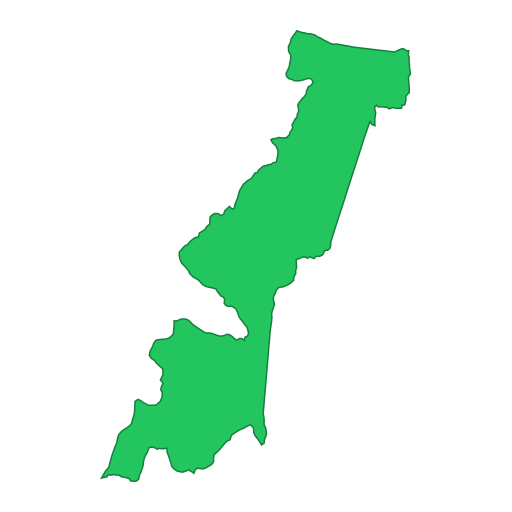 Presidente Bernardes, São Paulo, Brazil
{"feature_id": "56859067B75920371032685", "entity_name": "Presidente Bernardes", "entity_type": "district", "adm_level": 2, "iso_a3": "BRA", "parent_name": "Brazil", "parent_adm1": "São Paulo", "projection": "natural_earth1", "projection_center": [-51.643, -22.106], "detail": "fine", "context": "isolated", "style": "filled", "palette": "green", "viewbox_px": 512, "rotation_deg": 0, "n_neighbors": 0, "source": "geoboundaries", "source_scale": "gbopen_adm2", "svg_char_len": 4723}
<svg xmlns="http://www.w3.org/2000/svg" viewBox="0 0 512 512"><path d="M408.3,54.8L408.7,50.7L406.2,50.6L403.9,48.9L401.6,48.8L398.3,50.2L394.6,52.0L354.2,47.2L336.8,44.0L333.4,44.2L330.0,43.3L326.8,41.5L323.8,40.1L320.9,38.3L317.8,36.9L315.1,35.1L311.2,33.9L307.3,33.7L304.7,32.9L302.4,32.6L299.8,31.8L296.8,30.7L295.5,32.9L293.4,35.5L291.1,39.0L290.4,42.4L288.4,46.6L288.6,51.4L290.7,55.1L290.6,59.9L289.6,63.5L289.3,66.7L287.8,69.8L286.1,73.4L286.4,76.2L288.8,78.7L291.7,79.3L294.2,80.7L297.1,80.9L299.9,80.7L303.1,80.0L306.4,78.8L308.5,78.5L311.2,78.8L313.2,82.1L311.2,85.2L308.3,86.8L306.5,91.3L306.1,94.1L304.1,96.8L302.1,98.6L300.7,100.8L298.9,102.8L297.7,105.3L298.7,109.4L298.4,112.0L297.2,114.6L297.0,117.3L295.1,119.0L293.8,121.7L292.0,124.7L292.7,127.3L291.9,129.8L290.3,131.7L289.2,135.0L286.3,137.7L282.4,138.0L278.9,137.4L275.9,138.4L273.2,138.7L270.9,139.7L272.6,142.9L275.8,145.7L277.9,150.0L278.0,153.1L277.4,156.6L276.4,162.1L273.0,162.8L271.0,164.4L268.3,164.7L265.9,165.6L263.3,166.1L261.5,167.5L258.6,170.1L257.1,172.9L255.0,172.9L252.9,176.2L251.5,178.4L249.4,179.6L247.4,180.7L243.2,184.4L241.6,187.4L239.7,190.3L238.6,194.2L237.5,198.4L236.4,200.8L235.0,204.4L234.3,208.1L232.2,209.1L229.4,206.4L224.7,210.9L223.9,213.8L221.4,215.8L218.3,213.7L214.8,213.4L211.5,215.4L210.0,217.3L209.8,224.2L207.0,226.3L204.8,229.7L202.5,231.1L199.5,232.9L198.2,237.3L195.8,237.3L193.0,239.1L190.0,241.5L187.5,244.6L184.8,245.9L181.7,249.4L179.4,252.0L179.2,255.2L180.1,259.8L181.8,263.2L185.3,266.9L188.4,270.6L189.9,273.9L193.4,277.2L197.6,279.4L200.0,281.7L203.1,284.9L206.1,286.5L212.1,287.9L215.8,288.8L217.5,291.7L220.9,296.0L223.4,297.1L224.6,299.5L224.2,303.3L225.7,305.2L227.9,306.3L232.1,306.2L236.0,309.0L237.2,311.7L239.2,317.0L240.5,319.1L243.3,322.5L245.1,325.0L247.1,327.4L248.6,333.2L247.4,336.1L245.1,337.2L244.1,340.5L242.1,338.6L239.5,338.5L236.9,340.1L234.9,339.0L231.7,336.1L229.2,334.5L226.9,334.3L224.0,335.6L220.6,336.2L217.5,335.5L214.2,334.3L212.1,333.5L209.6,333.0L205.5,332.9L198.2,328.3L192.8,324.5L189.1,320.7L186.4,319.2L183.3,318.9L180.7,319.2L176.7,320.9L174.0,320.9L174.2,323.5L173.8,328.9L173.3,333.7L171.7,335.8L169.3,337.9L165.5,339.1L161.3,339.3L156.2,340.1L153.8,343.0L152.9,346.0L151.0,349.4L149.8,352.2L149.3,355.3L151.3,358.4L154.8,360.7L156.3,363.0L159.3,365.8L162.9,369.1L162.9,371.9L162.9,375.1L161.5,377.7L160.4,379.9L163.1,383.4L161.2,387.2L160.8,390.0L162.2,392.4L162.2,396.8L160.2,401.5L158.0,403.3L156.4,405.0L148.6,405.4L145.6,403.7L143.2,402.6L140.9,400.7L138.0,399.4L135.0,401.4L134.6,410.5L134.4,413.4L133.6,416.2L132.4,419.9L131.7,423.2L130.1,425.3L127.4,427.5L124.5,429.2L121.6,431.3L119.3,433.9L118.2,436.1L117.5,438.8L116.6,443.3L114.9,447.0L111.8,455.9L111.0,458.8L110.2,461.8L108.8,467.2L105.6,471.0L103.0,475.4L101.5,478.1L104.8,477.2L106.9,476.9L108.2,474.7L110.9,475.2L113.9,474.5L116.6,475.2L119.0,475.1L121.4,476.8L124.8,477.3L128.8,478.4L130.8,481.0L133.9,481.3L136.7,480.9L138.8,479.1L139.4,475.2L140.9,472.3L141.9,469.4L143.2,465.1L143.6,460.9L144.8,456.7L147.4,452.2L149.0,447.7L152.1,447.1L154.9,447.7L157.0,449.3L159.0,448.4L163.1,448.8L166.9,448.2L167.1,452.3L168.4,455.2L169.7,459.6L170.8,462.5L171.8,466.4L174.4,469.3L177.4,471.2L182.5,472.2L185.7,471.1L188.4,470.1L190.9,471.2L194.0,473.3L195.0,470.2L197.0,468.2L199.8,468.5L203.0,468.9L206.5,467.6L209.6,465.7L211.7,464.4L213.7,461.5L213.5,458.3L214.0,455.0L215.6,453.4L217.8,451.4L219.7,449.5L222.0,446.6L225.0,443.0L227.1,441.2L230.1,439.7L231.4,435.3L234.3,433.2L238.1,430.8L240.9,429.3L244.1,428.0L247.2,426.1L250.4,424.7L253.5,427.9L253.7,432.6L255.2,435.8L257.9,439.2L260.3,442.7L261.5,445.0L264.2,443.0L264.4,439.8L265.4,437.5L266.5,434.2L266.1,430.4L265.6,427.7L264.0,424.3L264.2,420.3L263.8,416.6L263.2,413.5L270.2,331.0L270.8,326.6L271.6,321.3L271.9,317.1L271.6,313.9L272.4,310.7L273.4,307.5L274.5,304.7L273.8,301.3L273.3,298.8L273.7,296.0L275.3,293.4L276.2,290.3L278.8,287.4L283.3,286.8L287.1,285.2L290.4,283.3L293.5,280.4L294.1,276.3L295.7,274.0L295.7,270.2L296.6,267.8L296.2,259.6L299.5,258.5L302.6,257.0L305.0,257.1L307.7,258.2L309.6,256.8L314.1,258.6L316.3,256.1L319.5,256.4L322.6,254.9L325.0,250.4L327.6,250.2L329.7,248.7L330.7,245.7L330.7,242.4L332.6,236.2L336.4,224.2L341.5,208.6L353.0,172.7L357.7,158.2L359.0,154.4L364.3,137.6L369.9,121.6L371.9,124.5L375.0,125.7L374.8,122.9L374.8,119.0L375.7,113.0L374.5,107.9L376.3,105.1L378.0,106.8L382.2,106.9L386.8,107.2L389.4,108.9L392.4,107.5L396.0,108.3L398.5,108.3L401.5,108.3L402.0,105.1L404.6,105.0L405.9,100.4L405.9,96.1L407.5,94.3L409.3,92.5L409.2,88.4L409.0,84.8L408.6,80.4L408.5,76.6L410.5,74.0L410.0,70.8L409.5,67.6L409.5,64.6L409.1,61.9L409.2,57.2L408.3,54.8Z" fill="#22c55e" stroke="#15803d" stroke-width="1.5"/></svg>